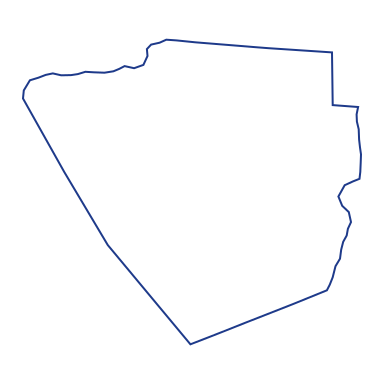 outline of Olivença, Alagoas, Brazil
{"feature_id": "56859067B23414783060869", "entity_name": "Olivença", "entity_type": "district", "adm_level": 2, "iso_a3": "BRA", "parent_name": "Brazil", "parent_adm1": "Alagoas", "projection": "natural_earth1", "projection_center": [-37.17, -9.497], "detail": "fine", "context": "isolated", "style": "outline", "palette": "blue", "viewbox_px": 384, "rotation_deg": 0, "n_neighbors": 0, "source": "geoboundaries", "source_scale": "gbopen_adm2", "svg_char_len": 829}
<svg xmlns="http://www.w3.org/2000/svg" viewBox="0 0 384 384"><path d="M23.0,98.5L64.2,171.9L107.8,245.1L190.4,344.3L208.0,337.5L220.0,332.8L245.2,322.8L292.7,304.2L326.9,290.3L329.8,284.6L332.7,277.3L335.5,266.2L340.0,258.7L341.2,249.6L343.2,241.8L346.7,235.5L347.9,228.8L351.0,222.1L348.8,212.1L342.2,205.8L338.4,196.5L344.7,185.2L353.0,181.4L359.5,178.8L360.3,171.9L360.7,162.7L361.0,154.4L360.0,147.4L359.1,139.6L358.7,129.2L356.9,121.6L356.6,114.4L358.1,107.0L332.7,105.1L332.0,52.4L268.7,48.2L255.7,47.2L244.8,46.3L195.2,42.3L176.5,40.4L166.3,39.7L159.6,42.7L151.1,44.6L146.9,49.1L147.5,56.0L143.4,64.9L134.1,68.2L124.6,66.1L119.2,68.9L113.4,71.3L104.5,72.7L93.7,72.3L85.4,71.8L77.8,74.1L71.1,75.1L61.2,75.3L52.8,73.4L45.7,74.9L38.4,77.7L29.9,80.3L23.8,90.4L23.0,98.5Z" fill="none" stroke="#1e3a8a" stroke-width="2"/></svg>